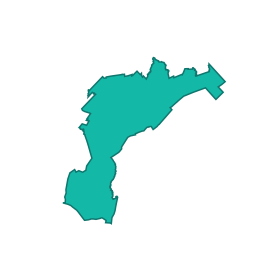 San Salvador, Entre Ríos, Argentina, rotated 217°
{"feature_id": "61730980B4034945746834", "entity_name": "San Salvador", "entity_type": "district", "adm_level": 2, "iso_a3": "ARG", "parent_name": "Argentina", "parent_adm1": "Entre Ríos", "projection": "equal_earth", "projection_center": [-58.492, -31.58], "detail": "fine", "context": "isolated", "style": "filled", "palette": "teal", "viewbox_px": 256, "rotation_deg": 217, "n_neighbors": 0, "source": "geoboundaries", "source_scale": "gbopen_adm2", "svg_char_len": 5712}
<svg xmlns="http://www.w3.org/2000/svg" viewBox="0 0 256 256"><g transform="rotate(217 128 128)"><path d="M134.9,29.0L129.9,31.0L126.9,31.7L124.4,31.5L119.5,31.5L117.3,31.0L107.2,28.1L104.4,30.8L103.0,32.6L102.8,33.1L100.9,34.5L98.6,35.8L95.9,39.0L95.1,40.3L94.4,40.7L89.8,41.0L88.9,38.9L84.9,41.5L83.8,41.6L86.9,46.8L87.4,50.8L88.6,54.2L90.6,58.0L94.6,66.4L94.9,66.3L95.4,66.8L95.7,66.8L96.2,66.3L96.3,66.1L96.3,65.7L96.0,65.6L95.5,65.7L95.7,65.1L95.4,64.7L95.8,64.3L96.1,63.5L96.6,63.1L96.7,62.4L97.0,62.1L97.5,62.6L98.3,62.6L98.7,62.8L98.9,62.9L98.8,63.2L99.1,63.7L99.0,64.2L99.2,64.6L99.9,65.6L100.3,65.5L100.5,65.5L100.6,65.9L101.0,66.1L100.9,66.7L101.3,66.8L101.4,67.5L101.6,67.5L101.9,67.3L102.2,67.3L102.1,67.8L102.5,67.9L102.9,68.4L103.2,68.2L103.5,68.2L104.3,68.0L104.3,68.9L104.5,69.0L105.3,69.4L105.7,69.2L105.9,69.2L106.2,69.7L106.8,69.8L106.8,70.2L106.7,70.5L106.8,70.7L107.3,70.7L107.2,71.4L107.5,71.4L107.7,71.7L107.5,72.3L108.7,73.4L108.9,74.2L108.8,74.6L108.9,74.8L109.3,75.2L109.2,76.0L109.0,76.4L109.2,76.9L109.0,77.2L109.1,77.7L108.9,78.2L109.1,78.6L109.1,79.4L109.4,80.4L109.7,80.7L109.8,80.9L109.6,81.5L109.7,81.9L109.9,82.2L110.3,82.4L110.5,82.9L110.3,83.8L110.4,84.1L110.5,84.2L111.1,84.4L111.2,84.8L111.7,85.3L111.4,85.8L111.4,86.0L111.8,86.5L113.1,87.0L113.2,87.8L113.4,88.1L113.7,88.7L114.1,88.9L114.3,89.6L114.4,89.8L115.5,90.5L116.1,91.3L116.3,91.1L116.7,91.3L116.8,91.7L118.2,92.4L119.2,92.6L120.6,93.3L121.1,93.4L122.3,93.8L123.9,94.1L120.8,102.8L120.6,103.9L120.5,107.5L121.7,109.0L122.6,120.4L121.3,123.2L117.9,127.1L118.7,128.0L117.6,129.5L117.5,129.9L117.2,130.3L117.2,130.5L114.7,134.2L113.7,135.2L113.5,135.8L113.6,137.4L113.4,137.8L113.5,138.2L113.2,140.1L113.0,140.4L112.6,140.6L112.3,140.9L112.3,141.1L112.0,141.8L111.5,141.9L111.4,142.2L111.2,142.4L111.0,142.7L110.4,143.2L107.0,141.9L105.7,146.6L105.6,149.1L105.3,149.5L105.1,152.5L103.9,169.0L106.6,169.6L106.3,170.3L105.9,171.3L105.5,173.8L104.1,180.7L102.7,186.9L97.2,196.1L90.3,206.7L75.0,203.7L73.5,213.8L80.7,215.1L79.3,219.1L78.3,223.5L101.8,227.9L101.5,227.5L101.3,226.8L101.1,226.6L101.2,226.2L100.6,226.1L100.1,225.2L99.4,224.8L99.2,224.9L98.4,224.2L98.1,224.1L97.9,223.4L98.1,223.2L98.1,222.9L97.6,222.6L97.4,222.1L97.2,222.1L97.1,221.9L104.9,210.4L105.2,210.2L105.4,210.3L105.4,210.5L105.3,210.9L105.7,210.9L105.7,211.1L105.5,211.4L105.8,211.3L105.8,211.6L106.0,211.8L105.9,212.2L106.1,212.4L106.9,212.5L106.8,212.8L106.9,213.0L106.8,213.3L106.7,213.4L106.9,213.5L107.0,214.0L107.3,214.3L107.5,214.3L107.6,214.1L108.0,214.4L108.6,214.3L108.9,214.4L109.1,214.8L109.3,214.8L109.5,214.3L109.6,214.2L109.8,214.4L109.9,215.2L110.3,215.3L110.8,215.1L111.3,215.0L111.7,215.3L112.0,215.2L112.3,215.3L112.5,215.1L112.5,214.8L112.0,213.8L115.3,211.1L115.6,211.6L118.2,209.6L117.1,205.6L116.7,203.1L117.1,202.9L117.3,203.1L121.6,195.8L122.8,196.9L125.1,192.4L128.9,195.7L129.3,196.6L129.3,196.8L129.6,197.3L129.5,197.5L129.6,197.9L129.9,198.3L130.2,198.3L130.5,198.5L131.1,198.4L131.1,197.9L131.5,198.1L131.9,198.1L132.2,197.9L132.6,197.2L132.8,197.2L133.1,197.3L133.2,197.7L133.5,198.0L133.9,197.9L134.3,198.4L134.6,199.0L134.7,199.4L134.9,199.5L135.0,199.7L135.3,199.9L135.4,200.2L135.3,200.4L135.3,200.8L135.8,200.9L136.0,201.2L136.6,200.9L137.0,201.1L137.3,201.5L137.8,201.7L138.0,201.6L138.6,201.7L138.7,201.9L139.3,201.6L139.8,201.5L140.3,201.3L140.5,201.0L141.2,201.0L141.2,200.7L141.7,200.3L142.6,199.7L143.4,199.4L143.9,199.8L144.0,199.8L144.1,200.0L145.0,199.6L145.7,199.6L146.4,199.3L146.8,199.4L147.4,199.2L148.0,199.4L148.3,199.8L148.6,199.9L149.9,199.7L150.1,199.5L150.0,199.1L150.0,198.4L149.6,198.1L149.5,197.8L149.4,197.7L149.0,197.7L148.9,197.5L148.3,197.5L148.2,197.3L147.8,196.8L147.9,196.3L147.5,196.3L147.4,195.9L146.5,195.4L146.7,194.9L146.6,194.3L146.8,193.9L146.6,193.3L146.8,193.1L147.0,192.7L146.9,192.4L146.4,191.8L146.0,191.0L146.1,190.6L145.8,189.4L145.4,188.8L145.6,188.3L145.5,188.2L145.1,187.7L144.1,187.4L143.9,187.1L143.9,186.4L143.7,186.2L143.8,185.4L144.1,185.1L144.3,184.7L144.5,184.9L144.5,184.7L144.3,184.4L144.3,183.8L144.0,183.6L144.0,183.3L144.6,183.0L144.7,182.7L144.3,182.5L144.3,182.2L143.9,182.0L143.7,181.5L143.3,181.1L143.1,179.7L143.2,179.0L142.9,178.1L147.0,178.8L147.0,177.4L148.5,177.9L150.2,179.8L150.4,178.0L155.0,178.8L155.9,172.6L156.3,171.9L156.5,172.3L156.6,172.7L156.9,172.6L157.0,172.7L157.1,173.0L159.4,169.7L161.7,167.2L163.2,168.8L164.5,167.5L165.0,167.4L165.1,167.0L165.5,166.5L172.7,159.3L176.1,155.6L176.0,155.2L175.6,154.7L177.0,153.4L179.2,153.7L181.4,135.1L181.8,134.9L182.1,134.6L182.4,134.7L182.5,134.4L182.0,134.1L182.0,133.7L181.5,133.7L181.4,133.5L181.0,133.4L180.8,132.4L180.4,131.9L180.5,131.6L180.5,131.4L180.2,131.3L179.8,131.3L179.8,130.5L179.7,130.3L179.3,130.5L179.1,130.5L179.3,129.7L179.0,129.7L178.5,128.8L178.0,134.9L177.6,134.8L177.2,135.1L176.7,135.2L176.7,134.9L176.1,134.6L176.0,135.0L175.7,135.6L175.1,135.4L175.0,135.1L174.8,135.0L174.6,135.0L174.2,135.2L176.5,115.5L175.0,114.7L172.5,115.1L167.5,116.9L166.6,117.0L166.3,110.5L165.4,110.9L165.7,109.1L163.4,110.1L162.7,105.3L167.1,103.7L167.3,99.0L167.1,99.1L166.9,99.3L166.7,99.3L166.3,98.8L165.7,98.9L165.5,98.5L165.0,98.5L164.6,98.8L164.1,98.8L163.9,99.2L163.1,100.0L162.9,100.3L162.6,100.3L162.2,99.8L162.1,99.6L162.1,99.2L162.6,99.1L162.6,98.8L162.5,98.7L161.8,98.5L161.7,98.7L161.3,98.8L161.2,98.5L160.9,98.5L160.6,98.4L160.4,98.0L160.1,97.7L160.1,97.3L159.6,96.5L159.3,96.5L159.1,96.7L158.3,96.7L158.0,96.2L153.6,93.3L149.0,90.0L138.6,82.1L138.2,72.9L136.2,68.9L137.6,65.4L141.6,64.3L142.0,63.5L142.9,61.5L145.6,62.7L147.4,57.2L145.3,51.0L140.4,41.3L138.3,38.9L137.0,34.8L135.1,33.4L133.3,30.8L134.9,29.0Z" fill="#14b8a6" stroke="#0f766e" stroke-width="1.5"/></g></svg>